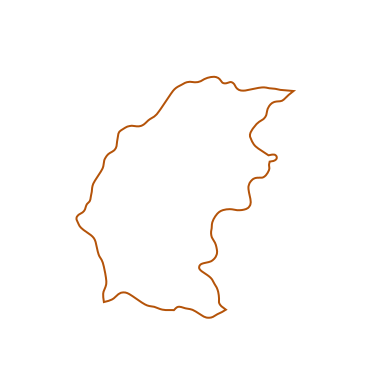 Esperalvillo, Monte Plata, Dominican Republic, rotated 124°
{"feature_id": "3306468B42523335746622", "entity_name": "Esperalvillo", "entity_type": "district", "adm_level": 2, "iso_a3": "DOM", "parent_name": "Dominican Republic", "parent_adm1": "Monte Plata", "projection": "orthographic", "projection_center": [-70.059, 18.855], "detail": "fine", "context": "isolated", "style": "outline", "palette": "amber", "viewbox_px": 384, "rotation_deg": 124, "n_neighbors": 0, "source": "geoboundaries", "source_scale": "gbopen_adm2", "svg_char_len": 3639}
<svg xmlns="http://www.w3.org/2000/svg" viewBox="0 0 384 384"><g transform="rotate(124 192 192)"><path d="M332.5,203.5L328.9,200.3L326.0,198.3L324.0,197.4L317.9,195.9L316.1,195.0L315.2,194.5L313.8,193.0L312.7,191.3L312.0,189.1L311.7,186.7L311.6,183.0L311.7,171.8L311.5,168.1L311.1,165.7L310.4,163.6L308.3,159.1L306.8,152.8L306.1,150.8L304.7,148.0L300.0,140.9L297.5,140.5L295.8,139.9L295.0,139.3L294.3,138.5L293.4,136.6L292.1,132.4L290.1,127.9L289.4,125.7L289.0,122.2L288.8,115.0L288.7,112.6L288.2,110.4L287.8,109.3L286.7,107.5L285.4,106.0L283.8,104.8L279.1,102.6L274.7,100.0L270.6,98.1L270.3,103.7L269.8,105.6L269.4,106.5L268.9,107.3L268.3,108.0L265.1,110.1L262.6,112.1L260.1,114.5L258.7,116.2L257.4,118.1L255.6,122.0L253.3,126.4L252.7,128.5L252.4,130.7L252.3,132.9L252.3,139.3L252.1,141.2L251.5,143.0L250.9,143.7L250.0,144.2L249.1,144.5L248.1,144.5L247.2,144.3L246.3,143.9L244.7,142.7L240.8,139.0L239.0,137.6L238.0,137.1L236.9,136.7L234.8,136.2L232.6,136.1L230.4,136.5L229.3,136.8L227.3,137.9L225.6,139.4L224.0,141.0L222.5,142.7L221.2,144.6L219.4,148.4L218.5,150.2L217.2,151.7L215.7,153.0L214.0,154.1L211.1,155.4L207.7,157.4L205.8,158.2L202.6,158.9L199.2,159.1L195.9,158.9L193.7,158.4L191.6,157.5L189.7,156.2L187.2,153.8L185.1,151.1L184.0,149.2L181.8,144.3L180.5,142.4L179.1,140.6L177.5,139.0L175.8,137.6L173.8,136.6L172.7,136.4L170.5,136.4L169.5,136.7L167.6,137.6L165.1,139.7L160.5,144.5L158.0,146.8L156.2,148.1L155.2,148.5L153.1,149.1L152.0,149.3L149.8,149.2L147.7,148.8L146.7,148.4L145.0,147.3L143.7,145.9L141.1,142.2L140.5,141.5L138.8,140.6L136.9,140.1L133.8,140.0L130.8,140.4L129.1,141.1L126.6,143.2L125.9,143.6L123.4,144.6L120.7,141.8L119.2,140.9L118.3,140.6L117.4,140.5L116.5,140.7L115.6,141.3L115.0,142.2L114.8,143.1L114.8,144.1L115.1,144.9L116.1,146.4L118.8,149.1L118.9,161.4L118.6,165.0L118.0,167.3L116.5,170.5L113.7,174.8L112.1,176.0L110.0,176.7L107.8,176.9L105.5,177.0L99.6,176.5L96.3,175.6L92.0,173.7L90.9,173.4L88.9,173.2L86.9,173.4L85.8,173.8L82.7,175.1L80.6,175.8L77.5,176.1L75.4,175.9L73.3,175.3L71.3,174.1L69.7,172.5L67.4,169.6L66.0,168.4L64.1,167.6L57.6,166.2L51.5,164.3L57.9,175.8L59.9,180.7L62.8,186.0L64.0,188.9L65.0,190.8L66.3,192.6L68.5,195.1L78.1,204.6L79.4,206.3L80.5,208.2L81.1,210.2L81.1,212.3L80.6,214.1L79.0,217.3L78.7,218.9L78.7,219.8L78.9,220.7L79.2,221.4L79.7,222.0L81.6,223.5L82.8,224.5L83.8,225.9L84.1,226.6L84.3,227.4L84.3,228.2L83.0,232.1L82.8,234.0L83.2,236.1L84.1,238.1L86.2,240.7L88.7,243.0L91.5,244.9L95.2,246.7L97.6,248.6L99.4,250.9L101.8,255.4L103.8,257.6L105.4,258.8L109.1,260.7L112.6,262.6L114.5,263.4L116.7,264.0L119.0,264.3L122.5,264.4L140.3,264.4L143.8,264.5L147.3,264.7L150.6,265.5L155.1,267.6L157.1,268.3L161.2,269.2L163.2,269.8L165.1,270.8L165.9,271.4L167.3,272.8L168.4,274.4L170.7,278.9L172.0,280.4L173.5,281.8L174.3,282.4L176.2,283.4L180.5,285.3L182.2,285.8L183.1,285.9L184.9,285.6L191.9,282.4L196.2,280.2L198.2,279.7L200.2,279.7L201.2,279.9L203.0,280.6L205.6,281.9L207.5,282.6L209.6,282.9L211.7,282.9L213.9,282.7L214.9,282.4L220.3,279.9L222.5,279.3L226.0,279.0L236.8,278.8L240.3,278.5L242.5,277.9L244.4,277.1L247.9,275.2L251.7,273.6L255.0,272.1L256.7,271.7L257.5,271.7L260.5,272.3L261.3,272.3L262.9,272.0L266.2,271.0L268.1,270.9L270.1,271.3L274.1,273.2L274.9,273.4L276.8,273.6L277.7,273.4L278.5,273.0L279.3,272.4L279.8,271.7L282.2,267.8L283.1,266.1L283.7,264.0L284.1,260.7L284.3,251.7L284.6,249.5L285.2,247.4L286.2,245.5L287.4,243.9L294.0,236.9L296.0,234.5L297.1,232.8L298.8,229.0L300.5,226.4L303.3,223.2L307.9,218.5L311.2,215.4L313.9,213.1L315.8,211.9L316.8,211.4L318.9,210.7L324.1,209.6L326.1,208.7L328.9,206.7L332.5,203.5Z" fill="none" stroke="#b45309" stroke-width="2"/></g></svg>